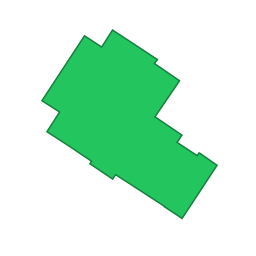 Carlos Casares, Buenos Aires, Argentina (orthographic projection), rotated 169°
{"feature_id": "61730980B52662416903271", "entity_name": "Carlos Casares", "entity_type": "district", "adm_level": 2, "iso_a3": "ARG", "parent_name": "Argentina", "parent_adm1": "Buenos Aires", "projection": "orthographic", "projection_center": [-61.387, -35.725], "detail": "fine", "context": "isolated", "style": "filled", "palette": "green", "viewbox_px": 256, "rotation_deg": 169, "n_neighbors": 0, "source": "geoboundaries", "source_scale": "gbopen_adm2", "svg_char_len": 475}
<svg xmlns="http://www.w3.org/2000/svg" viewBox="0 0 256 256"><g transform="rotate(169 128 128)"><path d="M207.3,171.2L192.1,156.7L208.3,139.8L189.0,121.2L170.1,102.3L172.2,100.1L152.8,80.8L149.1,84.6L106.8,43.8L107.1,43.6L92.2,28.9L47.7,74.4L61.8,89.0L63.0,90.0L65.3,87.6L82.6,104.5L76.4,110.7L99.4,133.8L68.4,164.5L89.8,186.3L86.0,189.5L110.0,213.0L114.8,217.7L124.5,227.1L138.4,212.5L153.1,226.8L207.3,171.2Z" fill="#22c55e" stroke="#15803d" stroke-width="1.5"/></g></svg>